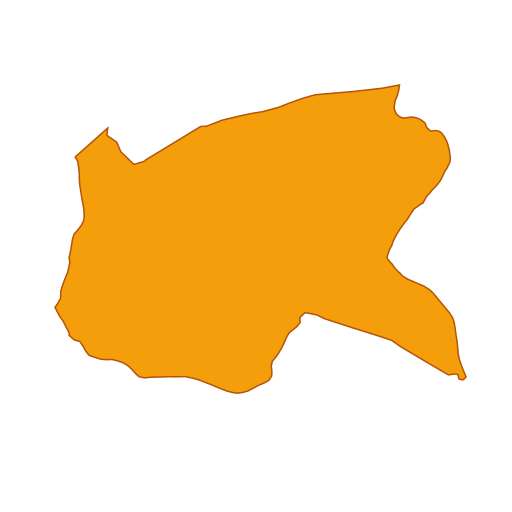 outline of Maswar, Hajjah, Yemen, rotated 262°
{"feature_id": "15242507B94987708240624", "entity_name": "Maswar", "entity_type": "district", "adm_level": 2, "iso_a3": "YEM", "parent_name": "Yemen", "parent_adm1": "Hajjah", "projection": "natural_earth1", "projection_center": [43.687, 15.597], "detail": "fine", "context": "isolated", "style": "filled", "palette": "amber", "viewbox_px": 512, "rotation_deg": 262, "n_neighbors": 0, "source": "geoboundaries", "source_scale": "gbopen_adm2", "svg_char_len": 3331}
<svg xmlns="http://www.w3.org/2000/svg" viewBox="0 0 512 512"><g transform="rotate(262 256 256)"><path d="M248.0,57.6L246.5,57.5L241.3,56.6L237.1,53.4L233.4,50.1L233.1,49.8L228.5,51.4L223.5,53.2L219.2,55.5L218.9,55.7L207.6,59.7L203.2,60.4L203.2,60.2L202.3,60.8L198.2,64.4L195.9,69.6L190.5,72.3L185.8,74.0L181.5,76.4L181.0,77.0L180.4,77.7L179.7,79.1L177.8,82.8L175.5,87.7L174.2,93.1L173.6,99.0L171.4,104.4L168.8,109.5L165.5,113.6L161.2,117.2L156.8,120.1L152.9,123.2L150.8,128.6L150.6,134.9L150.0,140.5L149.3,145.9L149.0,148.9L148.7,152.0L147.9,157.5L147.1,163.3L146.9,165.2L146.5,169.0L144.6,174.3L142.5,179.6L139.9,184.7L137.2,189.4L136.1,191.4L134.6,194.1L131.9,198.6L129.1,203.3L126.5,208.0L124.2,213.5L122.8,218.2L122.7,224.2L123.1,226.7L123.5,229.5L125.3,234.3L125.6,235.2L127.6,240.5L129.1,246.5L131.1,251.5L135.1,254.9L140.0,255.7L144.4,255.8L144.8,255.8L149.5,257.5L153.3,261.7L153.5,261.9L157.2,265.3L157.8,265.7L161.8,269.0L166.3,271.9L167.4,272.6L170.9,274.7L175.1,277.9L177.9,282.4L180.5,286.9L184.1,290.5L189.0,290.8L193.1,296.9L189.2,308.0L184.5,314.9L171.2,342.1L162.0,361.6L157.5,370.8L153.6,378.6L146.3,386.4L134.4,401.2L127.2,410.1L117.1,422.9L111.5,430.0L111.5,434.8L111.4,437.5L110.1,439.6L107.9,439.6L106.0,439.9L105.2,441.4L105.0,442.1L104.6,444.1L107.0,447.2L110.3,446.3L110.8,446.2L119.3,444.1L125.1,443.0L130.7,442.6L142.0,443.2L149.0,443.1L158.3,443.1L162.6,443.0L164.4,442.7L164.5,442.7L166.8,442.3L172.3,440.0L195.0,426.0L199.2,422.4L202.8,418.0L207.5,410.3L208.8,408.2L211.7,403.4L215.5,398.6L218.6,396.4L218.8,396.4L218.9,396.2L222.1,393.6L222.7,393.1L226.2,391.0L228.9,389.8L228.9,389.7L232.1,387.5L234.6,385.9L237.0,385.7L237.2,385.8L243.4,388.9L248.1,392.3L250.0,393.0L253.4,395.1L258.4,398.8L259.1,399.3L263.7,403.3L269.1,408.6L271.3,411.2L272.4,411.9L277.1,415.9L280.5,418.9L284.5,426.4L285.1,428.7L285.4,428.8L286.2,429.4L288.6,431.3L291.0,433.0L292.8,435.2L294.8,437.6L296.9,439.7L297.9,441.1L298.7,442.2L300.8,444.7L302.9,447.0L304.8,448.7L304.9,448.9L306.9,450.5L309.0,451.8L311.1,453.2L313.2,454.5L315.1,456.2L316.9,457.8L318.9,458.9L319.3,459.3L321.7,460.9L322.2,461.1L324.1,461.7L326.5,462.1L329.3,462.1L331.9,462.1L334.4,462.2L336.6,461.8L339.3,461.6L341.7,461.1L343.6,460.7L345.1,460.0L346.9,459.6L349.1,458.5L349.3,458.4L351.9,456.9L353.8,455.0L355.1,452.2L355.3,450.1L355.2,447.5L355.5,446.6L356.4,445.4L359.4,443.0L363.2,442.1L364.2,441.9L367.4,438.8L369.1,436.6L370.5,434.0L371.5,431.4L372.0,428.7L372.0,425.6L371.9,422.7L372.5,419.9L373.8,417.8L375.7,415.8L378.1,414.4L380.4,413.9L382.9,413.3L383.2,413.3L386.7,414.3L388.3,414.8L390.6,415.4L393.0,417.0L395.2,418.3L398.2,419.5L400.3,420.4L402.9,421.1L405.4,421.9L404.6,404.7L405.3,376.3L406.3,358.7L407.4,337.7L406.9,333.0L405.5,323.4L402.9,310.9L400.1,299.0L398.0,282.6L397.8,271.6L396.9,259.0L395.2,241.2L394.1,236.7L391.4,224.9L392.0,219.3L367.1,161.5L366.3,159.7L365.4,159.3L363.7,147.9L377.9,136.7L388.1,133.9L396.2,125.1L403.4,127.0L379.0,90.4L379.1,90.6L374.7,92.6L373.8,92.6L368.8,92.7L363.3,92.6L358.0,91.9L352.6,91.4L347.0,91.4L341.7,91.5L336.3,91.6L331.0,91.9L325.8,92.0L320.4,91.5L319.9,91.4L315.6,90.6L311.0,87.6L309.2,85.8L306.3,82.9L303.0,78.9L298.4,76.7L285.7,72.7L280.6,70.7L275.6,70.8L270.8,69.0L266.2,67.3L261.3,64.4L256.5,61.7L251.9,59.4L248.0,57.6Z" fill="#f59e0b" stroke="#b45309" stroke-width="1.5"/></g></svg>